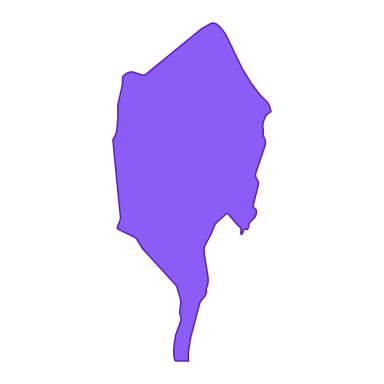 the border of Blue Nile
{"feature_id": "SDN-148", "entity_name": "Blue Nile", "entity_type": "State", "adm_level": 1, "iso_a3": "SDN", "parent_name": "Sudan", "parent_adm1": "", "projection": "equal_earth", "projection_center": [34.239, 11.094], "detail": "fine", "context": "isolated", "style": "filled", "palette": "violet", "viewbox_px": 384, "rotation_deg": 0, "n_neighbors": 0, "source": "natural_earth", "source_scale": "10m", "svg_char_len": 1791}
<svg xmlns="http://www.w3.org/2000/svg" viewBox="0 0 384 384"><path d="M271.0,111.7L269.3,112.6L266.4,115.1L265.2,117.1L264.2,119.5L263.3,122.0L262.8,124.4L262.8,126.5L263.3,130.4L263.2,134.6L263.8,136.8L265.4,140.9L265.5,142.9L265.3,144.9L255.7,173.1L255.4,175.4L256.2,178.2L257.5,180.1L258.5,182.2L258.2,185.5L253.2,205.2L253.1,206.3L253.8,207.6L256.1,209.9L256.5,211.4L256.0,214.9L254.7,217.4L250.5,221.6L249.1,223.4L248.8,224.6L248.8,225.8L248.4,227.7L247.4,229.4L246.5,229.5L245.6,229.2L244.3,229.3L243.4,230.4L242.4,233.6L241.7,234.4L240.9,234.0L240.8,232.5L241.1,229.4L240.6,227.9L239.6,226.7L237.4,224.7L228.1,213.9L227.2,213.4L225.9,214.1L216.6,222.5L215.3,224.1L214.1,226.2L211.1,233.9L204.5,246.3L204.0,249.9L204.3,254.2L208.0,276.9L208.1,281.5L207.5,285.9L207.2,286.5L206.5,287.5L206.3,288.1L206.2,289.2L206.5,291.8L206.4,292.9L204.7,296.3L200.1,301.9L190.6,337.7L188.2,353.0L188.5,361.0L175.5,360.9L175.3,360.8L175.0,360.5L174.8,360.0L174.6,359.3L174.0,356.3L173.7,351.8L174.2,343.9L175.8,334.5L180.7,321.3L181.0,320.2L181.1,319.6L181.1,318.9L180.6,316.5L180.0,314.5L179.7,311.4L180.6,304.6L180.7,302.5L180.6,299.7L180.2,298.0L176.8,286.6L175.6,284.8L159.0,266.6L142.4,248.5L136.4,238.7L135.7,238.0L134.9,237.4L118.1,229.2L117.3,228.4L117.4,227.1L117.9,225.6L119.9,220.8L120.2,219.5L120.5,217.6L116.7,179.4L113.0,141.2L113.0,139.7L113.4,138.7L113.7,138.1L114.7,136.5L115.5,134.8L116.5,131.9L116.8,130.8L117.9,117.1L117.8,105.2L122.3,85.3L122.7,76.8L125.0,74.6L126.3,73.6L127.9,72.7L129.5,72.2L131.2,71.9L133.3,72.1L142.0,75.0L144.3,75.1L145.6,74.5L201.1,29.1L210.9,23.4L213.6,23.0L216.2,23.9L219.1,26.0L221.8,29.1L225.5,34.1L242.4,69.0L251.7,84.0L260.3,95.2L267.6,102.5L268.2,103.4L269.8,106.9L271.0,111.7L271.0,111.7Z" fill="#8b5cf6" stroke="#5b21b6" stroke-width="1.5"/></svg>